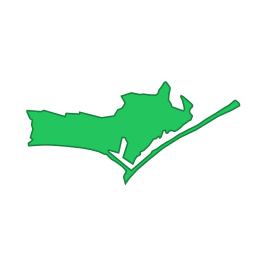 Carteret, North Carolina, United States of America (Natural Earth projection), rotated 15°
{"feature_id": "52423323B7621511423784", "entity_name": "Carteret", "entity_type": "district", "adm_level": 2, "iso_a3": "USA", "parent_name": "United States of America", "parent_adm1": "North Carolina", "projection": "natural_earth1", "projection_center": [-76.554, 34.833], "detail": "fine", "context": "isolated", "style": "filled", "palette": "green", "viewbox_px": 256, "rotation_deg": 15, "n_neighbors": 0, "source": "geoboundaries", "source_scale": "gbopen_adm2", "svg_char_len": 1971}
<svg xmlns="http://www.w3.org/2000/svg" viewBox="0 0 256 256"><g transform="rotate(15 128 128)"><path d="M26.3,138.6L31.0,144.3L33.5,145.0L34.2,150.2L36.5,153.6L36.2,162.5L36.7,162.9L37.2,163.2L38.7,163.7L38.8,163.9L38.9,164.0L38.6,164.7L38.5,165.0L37.4,166.7L36.1,168.0L35.8,168.3L35.8,168.5L35.9,169.2L36.7,170.8L50.6,166.2L57.9,164.3L73.1,161.4L89.1,159.0L97.7,158.3L105.5,158.3L111.5,159.3L114.6,159.1L117.1,160.8L120.6,162.6L125.0,163.7L132.1,166.5L137.5,169.7L137.3,173.0L136.7,173.6L136.5,176.3L139.9,182.4L142.1,176.4L147.5,166.1L155.4,154.4L166.8,138.7L180.6,123.7L194.5,111.8L211.8,93.5L223.4,84.0L230.0,77.6L229.5,76.3L228.6,75.2L224.8,73.6L223.9,73.9L219.7,79.9L216.4,83.1L207.7,92.7L201.4,99.1L194.4,107.3L187.2,113.6L178.4,121.7L175.0,125.8L171.2,129.9L169.3,131.5L167.4,133.6L164.0,137.2L162.1,140.0L158.6,143.1L157.3,144.6L156.6,147.2L142.2,168.2L115.1,155.9L115.1,154.3L125.4,154.5L124.7,138.8L127.5,138.1L131.6,142.5L130.9,157.8L142.0,161.6L142.9,156.0L144.1,153.1L146.4,151.0L146.7,150.4L146.1,148.1L149.1,145.4L151.4,141.8L153.1,138.6L155.5,132.0L157.8,131.1L159.2,128.6L160.1,128.1L161.1,129.4L161.7,129.1L162.3,128.1L162.4,126.1L162.6,121.6L164.7,120.5L165.7,122.5L166.9,123.0L167.7,122.6L168.1,121.4L168.6,120.3L170.2,119.1L173.9,119.2L176.4,117.0L178.9,113.5L180.4,110.8L185.3,104.8L186.5,104.1L187.0,101.0L186.9,99.5L184.1,97.7L183.1,96.1L183.1,93.7L183.6,92.6L184.1,92.0L184.5,91.4L184.6,89.5L183.6,88.6L179.1,86.2L173.0,83.4L170.9,83.0L170.9,83.8L171.5,85.0L173.4,87.0L177.1,93.7L177.7,96.1L176.7,97.2L165.2,96.3L164.7,96.0L163.3,93.6L159.8,90.4L158.7,83.9L158.6,79.8L158.0,77.9L153.0,73.8L152.0,74.0L151.0,75.2L150.0,79.2L148.2,83.2L148.0,86.9L147.2,88.2L145.9,89.2L139.3,90.7L134.4,91.2L130.5,92.7L122.1,93.2L113.3,99.0L118.9,104.7L117.1,110.4L113.4,113.2L111.6,119.9L99.9,125.0L77.3,125.3L77.5,127.1L64.4,129.9L64.4,133.3L45.8,132.9L42.1,132.8L39.9,134.7L26.0,137.3L26.3,138.6Z" fill="#22c55e" stroke="#15803d" stroke-width="1.5"/></g></svg>